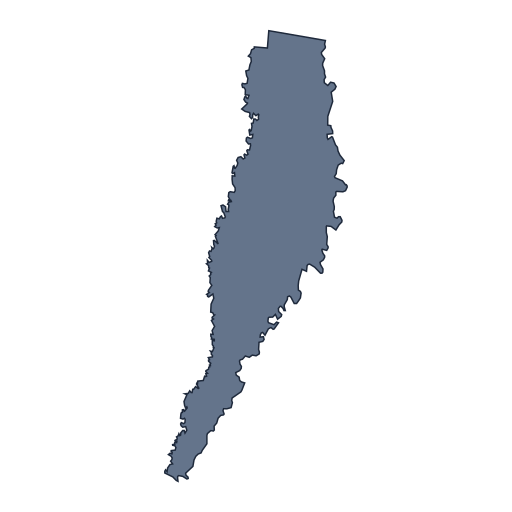 the district of San José La Máquina, Suchitepéquez, Guatemala
{"feature_id": "79465075B14696818502524", "entity_name": "San José La Máquina", "entity_type": "district", "adm_level": 2, "iso_a3": "GTM", "parent_name": "Guatemala", "parent_adm1": "Suchitepéquez", "projection": "equal_earth", "projection_center": [-91.607, 14.266], "detail": "fine", "context": "isolated", "style": "filled", "palette": "slate", "viewbox_px": 512, "rotation_deg": 0, "n_neighbors": 0, "source": "geoboundaries", "source_scale": "gbopen_adm2", "svg_char_len": 6083}
<svg xmlns="http://www.w3.org/2000/svg" viewBox="0 0 512 512"><path d="M254.3,46.9L254.2,48.4L251.6,49.8L250.5,53.7L248.3,56.1L250.9,57.6L251.3,61.4L249.9,64.9L248.9,70.0L245.8,71.0L246.6,75.7L247.9,78.4L247.1,83.3L244.9,83.9L242.4,83.4L241.9,84.8L242.6,87.4L244.0,87.5L245.4,89.7L245.2,94.6L249.0,95.3L247.8,98.6L246.8,98.1L245.7,96.2L244.8,96.9L243.9,99.5L245.6,102.1L247.5,103.0L247.4,103.6L241.7,109.0L245.1,111.4L249.6,112.6L250.0,114.5L249.4,116.4L251.5,118.7L252.6,117.5L252.7,114.9L253.5,113.3L255.9,115.7L258.3,114.1L258.8,114.7L258.3,117.1L258.6,119.2L256.9,120.5L255.5,119.1L253.8,119.0L253.2,123.0L251.5,123.4L252.0,126.5L251.2,130.6L250.6,131.1L249.6,129.5L249.0,130.0L249.8,135.1L252.8,134.4L252.4,137.8L250.7,138.5L247.4,137.2L246.4,138.1L246.1,141.0L248.5,144.0L250.4,143.8L250.6,145.5L249.5,150.0L247.4,149.8L246.8,150.7L248.0,154.2L246.7,155.2L244.6,154.1L244.0,154.9L244.9,158.0L243.2,159.0L240.9,156.7L238.1,157.5L236.6,160.3L237.8,163.0L237.2,165.4L235.2,168.3L234.5,168.1L234.0,165.7L233.2,166.3L232.0,172.8L232.8,173.5L234.5,172.6L234.8,176.1L232.2,175.8L232.1,179.4L232.6,183.9L235.1,187.7L235.2,190.7L234.2,192.4L230.2,191.7L228.8,192.6L228.3,196.6L229.9,199.6L228.7,199.7L228.4,200.6L230.9,200.4L231.4,201.6L228.8,202.2L227.6,204.2L228.6,204.7L228.9,205.8L228.2,209.4L228.6,211.5L226.0,211.5L225.6,206.8L223.0,205.0L221.0,205.7L222.5,211.6L223.7,212.5L225.3,216.9L224.8,217.9L222.5,218.3L221.5,216.0L220.5,216.6L219.3,218.8L216.9,218.2L216.2,221.3L216.7,222.9L215.2,223.8L216.1,225.1L214.7,226.6L217.3,228.0L219.3,227.6L218.2,231.0L215.0,234.7L216.1,235.6L215.4,236.4L218.2,244.0L214.3,240.4L213.5,240.6L213.8,244.7L214.5,246.1L213.9,248.1L213.2,248.8L211.8,247.5L212.1,248.6L211.0,251.4L209.5,251.0L208.6,252.7L209.7,256.5L208.9,257.5L211.6,260.3L211.7,261.3L209.2,262.4L207.4,260.3L207.6,263.4L206.5,263.8L208.6,265.6L208.7,267.7L209.5,268.1L208.4,270.9L211.4,272.4L210.7,273.2L210.7,274.6L209.2,276.0L210.3,277.7L209.9,282.6L211.8,285.4L208.4,290.3L208.2,291.6L209.3,292.5L206.6,294.4L207.7,295.2L207.6,296.4L208.7,297.0L212.9,294.0L213.8,298.2L211.1,304.1L210.7,312.1L212.7,312.7L213.8,314.8L214.6,315.0L212.1,317.3L212.1,318.1L213.5,319.0L211.4,320.4L214.6,326.4L212.1,330.6L213.1,334.4L210.8,334.2L210.9,336.4L211.7,337.8L211.3,339.0L214.3,339.3L214.3,340.8L212.3,340.6L212.3,344.7L213.4,346.1L213.3,347.6L214.0,347.8L212.4,351.5L210.4,351.1L211.5,352.7L211.2,354.0L212.5,355.7L212.4,356.9L208.3,357.6L209.5,359.7L208.5,360.2L208.6,361.3L210.7,363.2L210.2,363.7L210.4,365.4L209.5,365.2L209.7,366.9L208.8,367.2L208.5,369.2L206.0,370.6L205.8,371.5L207.5,373.3L205.8,373.6L206.6,376.2L205.0,376.7L204.8,375.6L203.3,380.5L197.8,381.1L197.4,384.5L196.8,383.3L196.5,384.0L198.8,388.1L198.2,388.5L195.6,386.6L193.6,389.3L192.7,389.3L192.1,392.6L191.2,392.6L189.7,390.8L188.2,393.4L184.9,393.8L186.9,394.7L184.0,401.5L184.6,405.5L185.5,407.8L186.8,406.8L187.2,407.9L184.5,411.3L183.8,410.9L183.7,409.6L182.4,409.8L182.4,412.4L181.4,412.6L180.9,414.0L180.5,418.3L183.0,419.1L184.5,418.3L185.2,419.6L184.9,422.7L183.7,423.6L181.3,422.6L180.6,424.0L181.1,425.7L182.7,427.2L185.7,426.6L186.8,430.2L185.0,433.1L184.2,430.5L182.7,430.5L180.8,432.8L180.6,435.1L179.8,435.6L178.9,433.7L178.1,435.9L176.5,436.9L177.2,438.0L177.0,439.3L175.0,440.4L175.5,441.4L176.9,441.3L176.6,442.6L175.0,442.1L174.6,442.9L174.9,444.1L172.6,444.6L172.7,445.3L174.8,445.7L175.9,447.5L175.2,450.1L171.2,450.6L171.1,451.3L172.2,452.5L171.9,453.9L170.1,453.2L168.4,454.6L171.1,456.2L172.2,458.0L171.8,459.8L170.6,461.2L172.6,463.9L169.9,464.6L167.6,468.0L167.1,471.6L165.6,469.8L164.8,471.2L164.8,473.0L172.8,476.9L176.2,480.4L178.0,481.3L177.6,477.9L177.7,476.4L178.7,475.6L182.8,476.4L186.9,479.0L188.2,478.5L188.0,477.1L186.0,475.2L185.6,473.2L192.9,466.4L194.0,460.0L195.8,456.3L198.2,454.0L201.1,452.9L202.2,450.4L206.9,443.8L206.9,435.4L207.4,433.6L210.8,430.6L213.4,431.0L214.3,430.0L214.1,426.1L216.7,423.1L218.1,418.2L220.7,415.4L223.5,414.9L224.1,414.0L223.0,410.7L223.6,408.7L226.8,408.8L231.1,407.6L232.4,402.6L231.7,400.5L232.1,398.0L240.9,391.9L241.9,390.1L244.7,382.9L241.4,381.9L239.7,380.5L239.1,377.1L236.3,375.2L235.7,372.6L239.7,370.6L241.2,368.4L241.4,366.4L240.0,364.1L239.5,361.0L240.2,359.9L242.5,359.2L245.3,356.0L249.3,357.3L252.3,355.1L256.1,355.8L259.2,353.9L259.4,352.1L258.6,349.5L259.0,342.3L262.8,341.4L264.1,339.4L263.4,336.7L260.1,337.1L260.3,334.9L261.3,332.9L262.6,332.4L265.0,335.2L268.4,328.8L271.0,327.5L273.1,329.3L274.1,329.0L278.5,322.8L276.6,322.1L274.0,324.7L268.5,322.7L267.9,321.2L268.3,317.9L269.1,317.2L272.7,317.1L275.4,314.4L277.6,319.2L281.2,316.4L281.7,314.6L278.6,311.5L278.4,308.4L280.1,306.3L281.0,306.3L283.1,308.5L284.0,310.6L285.3,310.6L284.2,306.7L284.3,304.8L287.3,299.6L287.6,296.7L289.4,296.0L290.8,297.0L294.2,303.5L296.6,303.5L298.9,300.3L300.4,297.9L301.1,293.1L300.4,291.4L298.4,290.1L298.2,285.5L298.7,280.9L302.0,269.3L306.5,271.3L307.1,265.5L308.1,264.4L309.7,264.1L314.7,267.2L320.5,273.2L322.0,273.2L322.8,272.2L323.0,269.0L320.5,264.6L320.0,262.3L323.3,259.9L324.6,257.4L324.7,255.9L322.9,253.3L321.8,249.9L322.2,249.2L326.7,250.4L328.1,247.9L328.1,246.7L326.7,244.4L327.3,236.7L326.3,232.6L326.3,226.5L326.6,225.9L331.1,226.4L335.9,230.0L339.0,224.9L341.8,222.0L342.0,220.3L340.2,216.7L338.5,216.7L337.0,218.2L334.5,217.2L333.4,211.3L334.2,209.4L334.3,206.6L333.1,201.3L333.3,199.7L333.7,198.0L335.9,195.2L335.8,192.1L336.7,191.4L342.9,191.8L345.5,190.7L347.2,187.1L347.1,185.9L346.3,184.7L345.6,184.9L342.5,180.9L335.0,177.7L334.5,176.4L336.2,173.7L336.6,169.7L338.2,165.1L341.2,163.2L342.7,163.6L344.2,160.6L339.9,155.1L338.0,151.0L337.4,147.2L335.5,144.9L332.5,137.1L331.7,136.7L328.0,139.4L327.3,137.9L327.1,134.3L332.7,133.6L332.6,131.0L331.0,127.5L330.8,125.7L327.7,125.1L327.8,116.4L332.7,101.4L331.2,92.2L334.9,89.2L336.1,86.5L334.0,83.0L330.6,82.2L327.8,85.5L324.3,82.7L324.1,79.6L325.6,77.1L324.5,73.9L324.5,70.8L322.6,65.5L322.7,63.2L324.7,58.7L321.6,54.4L321.4,52.4L325.1,48.1L325.4,47.0L324.6,44.2L325.4,40.5L268.8,30.7L267.4,48.0L254.3,46.9Z" fill="#64748b" stroke="#1e293b" stroke-width="1.5"/></svg>